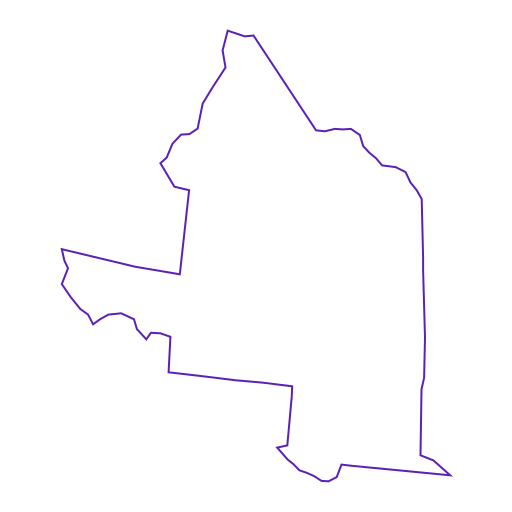 Santa Maria do Herval, Rio Grande do Sul, Brazil
{"feature_id": "56859067B89103119002015", "entity_name": "Santa Maria do Herval", "entity_type": "district", "adm_level": 2, "iso_a3": "BRA", "parent_name": "Brazil", "parent_adm1": "Rio Grande do Sul", "projection": "mercator", "projection_center": [-50.978, -29.471], "detail": "fine", "context": "isolated", "style": "outline", "palette": "violet", "viewbox_px": 512, "rotation_deg": 0, "n_neighbors": 0, "source": "geoboundaries", "source_scale": "gbopen_adm2", "svg_char_len": 1048}
<svg xmlns="http://www.w3.org/2000/svg" viewBox="0 0 512 512"><path d="M253.5,35.5L244.9,36.4L227.7,30.7L222.6,50.4L225.5,67.5L212.9,86.8L202.7,103.5L197.6,128.6L189.4,134.1L181.1,134.6L172.5,143.6L166.7,157.6L160.4,163.2L174.4,186.7L189.1,190.2L179.8,274.3L135.0,266.7L61.8,249.2L64.4,260.7L68.0,268.3L61.8,284.1L71.0,297.5L80.3,309.0L88.1,314.6L93.1,324.3L100.0,319.3L108.3,314.6L121.2,313.3L134.0,319.3L136.9,329.1L146.3,339.3L150.9,332.8L160.4,333.3L170.4,336.8L168.6,372.3L199.1,375.8L235.9,380.3L262.3,382.6L292.2,386.3L291.7,397.1L287.3,445.4L277.2,447.6L287.7,459.6L293.6,464.3L299.4,470.3L306.7,472.8L314.1,476.1L321.5,480.9L328.6,481.3L336.7,477.1L341.5,464.6L352.8,465.9L393.3,469.8L450.2,475.3L433.4,460.4L420.5,455.3L420.8,435.9L421.5,389.4L424.1,377.8L425.0,337.6L423.1,270.2L423.1,257.7L421.7,199.0L416.7,190.2L410.4,182.4L405.6,172.1L395.6,167.1L382.1,165.4L375.9,158.1L369.5,152.9L363.2,146.1L359.8,134.9L350.9,128.9L342.8,129.4L334.8,128.9L324.8,131.3L316.0,130.3L253.5,35.5Z" fill="none" stroke="#5b21b6" stroke-width="2"/></svg>